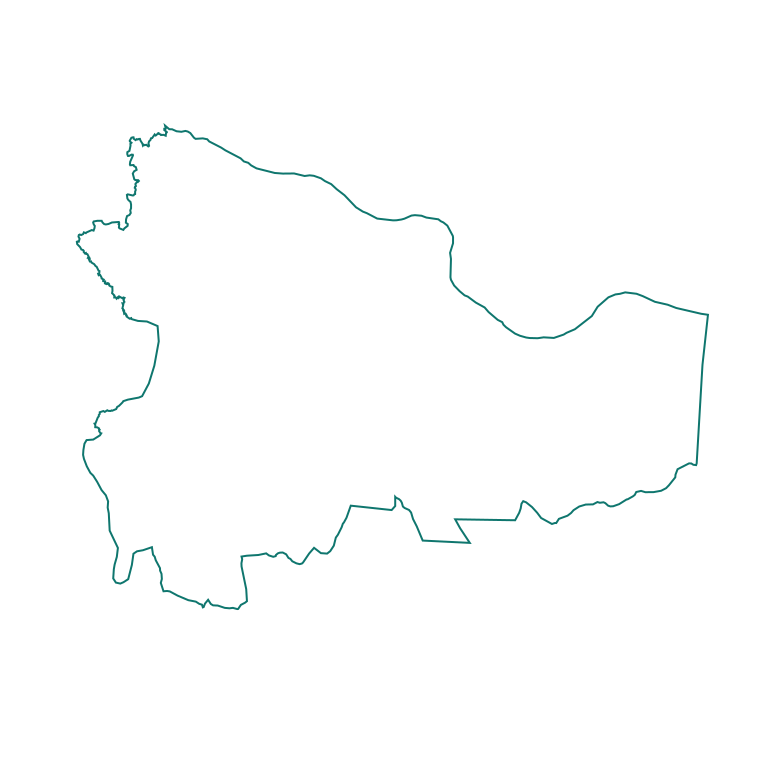 Nandom, Upper West, Ghana (Mercator projection), rotated 95°
{"feature_id": "2480657B7958262081913", "entity_name": "Nandom", "entity_type": "district", "adm_level": 2, "iso_a3": "GHA", "parent_name": "Ghana", "parent_adm1": "Upper West", "projection": "mercator", "projection_center": [-2.792, 10.867], "detail": "fine", "context": "isolated", "style": "outline", "palette": "teal", "viewbox_px": 768, "rotation_deg": 95, "n_neighbors": 0, "source": "geoboundaries", "source_scale": "gbopen_adm2", "svg_char_len": 6149}
<svg xmlns="http://www.w3.org/2000/svg" viewBox="0 0 768 768"><g transform="rotate(95 384 384)"><path d="M435.7,65.6L337.2,68.4L286.8,67.3L286.4,74.2L282.8,99.5L280.3,108.3L278.5,121.3L273.9,133.9L272.1,140.3L271.7,151.7L273.6,156.8L274.6,161.3L278.1,168.0L288.4,177.9L298.2,182.9L312.8,198.6L317.1,206.6L319.1,209.3L323.3,218.8L323.6,229.0L325.0,234.9L325.5,242.9L325.3,246.4L324.1,252.7L322.4,257.8L316.8,267.4L314.5,270.2L312.1,271.6L310.2,276.3L303.2,286.1L299.0,290.4L294.9,299.6L289.6,308.2L288.7,311.4L284.9,316.8L279.8,322.7L274.3,326.4L271.9,327.1L253.6,328.2L247.6,329.6L237.8,327.5L231.8,328.0L230.4,328.4L220.7,334.7L217.9,338.9L216.9,341.6L215.2,344.2L214.5,356.3L213.1,361.3L213.1,367.9L213.8,371.3L217.5,378.0L218.6,380.9L219.8,385.8L220.2,389.2L219.8,405.2L215.3,416.0L214.1,420.1L210.4,427.3L199.4,439.8L194.0,448.2L189.5,454.0L187.0,460.5L184.6,464.7L182.7,472.1L182.6,476.2L183.7,481.2L182.1,491.9L183.2,503.1L183.3,511.2L180.3,529.8L177.8,535.4L175.5,538.5L174.5,543.0L171.7,546.5L165.0,562.5L162.7,566.8L157.6,579.3L155.6,581.4L155.1,585.9L156.2,593.1L155.2,594.8L150.9,598.8L149.6,601.5L149.2,603.9L150.4,607.8L150.3,612.7L148.7,617.3L148.9,620.1L145.7,624.6L148.5,623.7L149.0,623.9L149.0,625.1L150.2,625.0L151.8,622.4L152.3,622.3L152.8,623.0L155.7,623.1L155.0,625.2L155.4,627.9L154.8,628.3L154.6,629.8L153.8,630.2L153.7,630.7L156.1,632.7L156.4,633.3L155.4,634.2L159.2,636.4L159.6,637.6L161.2,637.9L162.8,639.2L164.7,639.6L167.2,638.8L167.7,639.1L167.9,639.5L166.4,641.6L167.0,643.5L166.6,644.1L167.6,644.9L165.6,645.6L162.6,647.9L161.1,648.5L161.2,649.5L161.9,650.7L161.6,651.6L162.7,652.7L161.5,654.7L160.1,655.0L160.1,655.5L160.7,657.1L163.8,658.5L164.5,658.3L165.7,656.6L166.8,657.6L168.7,657.3L173.9,657.9L175.4,659.9L177.3,659.8L179.1,659.0L179.1,658.0L177.5,655.5L177.5,654.2L178.2,654.0L184.7,656.2L187.3,656.3L188.2,655.9L187.7,652.6L188.8,651.9L189.6,650.1L192.2,649.1L193.9,651.5L196.3,652.6L201.8,650.6L202.5,649.5L202.4,646.6L203.1,645.9L204.3,646.9L204.1,647.6L206.5,649.1L208.4,648.4L209.2,649.2L210.3,649.4L210.7,648.8L212.3,648.2L214.0,648.7L216.5,648.5L216.8,649.3L217.9,649.9L218.1,650.7L217.4,655.8L218.0,656.6L221.6,655.8L223.1,654.6L224.7,652.4L227.3,651.6L231.0,651.3L233.1,651.9L235.7,651.2L237.8,652.3L239.1,654.6L242.4,655.3L245.8,655.2L247.0,653.2L248.8,653.2L251.6,656.2L253.2,657.1L252.0,661.0L251.3,661.7L248.1,661.7L247.9,662.3L246.4,661.9L245.7,662.3L246.8,669.1L248.6,672.4L249.3,675.0L249.1,676.7L247.6,678.5L246.0,679.5L246.4,683.8L247.4,687.4L248.5,687.8L250.4,687.0L251.7,685.9L254.0,686.0L256.5,686.7L256.1,688.5L259.0,693.7L259.7,694.2L259.1,696.2L260.9,696.8L262.0,698.7L261.6,700.1L262.2,701.0L263.8,701.2L265.9,699.9L268.9,700.5L268.7,701.9L269.1,702.4L271.4,701.8L274.1,698.7L276.4,697.2L276.8,695.4L277.5,694.7L278.6,694.7L279.4,693.7L280.0,693.5L280.2,693.0L279.5,692.3L280.4,691.7L280.5,690.8L282.7,689.4L284.0,689.9L283.9,688.5L285.0,688.0L285.4,688.9L287.6,687.7L287.4,686.5L288.5,686.0L289.9,683.1L291.7,681.6L292.2,680.5L296.0,678.2L296.3,677.3L298.6,677.3L299.0,678.4L300.2,677.9L300.5,677.7L300.0,677.0L300.1,676.3L302.8,674.5L303.5,674.5L304.4,672.4L305.0,672.8L306.0,672.7L306.1,670.8L308.1,670.8L308.7,669.2L308.4,667.9L307.6,668.2L307.7,667.3L308.5,666.5L309.8,666.3L310.6,664.9L310.9,663.1L314.9,662.6L317.2,662.8L319.1,660.5L319.6,660.6L320.1,659.9L321.3,660.2L321.3,658.5L322.2,657.9L321.6,657.5L321.7,656.6L320.6,656.6L319.9,655.8L320.9,655.3L320.3,654.5L321.4,652.0L320.5,651.2L320.8,650.0L323.0,650.8L324.8,649.8L325.2,650.3L326.6,650.5L326.5,651.5L328.3,650.7L331.5,651.2L332.0,650.5L333.3,650.3L333.1,649.6L334.0,649.1L334.7,649.5L336.8,648.9L336.2,647.8L337.3,646.8L338.0,646.9L338.4,646.2L339.2,646.3L341.1,643.1L340.4,641.6L341.3,641.3L342.6,634.6L342.4,625.6L346.0,614.6L361.2,612.1L385.8,614.4L404.0,618.3L417.2,623.9L418.9,627.1L421.9,637.8L423.8,642.2L425.0,642.8L428.9,646.1L430.1,647.8L432.3,648.6L434.3,652.4L434.1,653.2L434.7,653.9L434.8,656.4L434.3,657.4L436.1,659.7L435.4,661.2L436.9,664.7L438.7,664.6L439.7,665.4L441.1,665.3L442.3,666.2L448.4,668.0L448.7,668.9L450.1,668.0L452.2,667.9L452.2,665.8L453.1,664.0L453.9,664.0L454.3,663.3L455.6,663.8L457.6,662.3L457.8,661.4L459.9,662.5L464.7,668.8L465.8,675.4L469.6,677.2L476.0,677.7L480.8,677.6L484.7,676.4L491.9,672.9L498.1,668.8L500.6,665.7L506.5,661.2L514.3,656.1L519.1,651.4L525.0,648.6L531.2,648.5L536.8,646.9L554.0,644.5L570.5,634.8L579.5,635.1L587.3,636.6L592.0,637.0L601.3,636.8L605.2,633.8L605.8,629.3L604.2,626.3L600.7,621.8L586.2,619.4L574.9,618.8L572.2,615.5L570.6,609.6L566.8,601.0L574.2,599.2L576.0,597.4L579.5,596.0L587.0,591.1L589.4,590.8L592.5,589.1L597.6,588.3L601.6,589.0L609.7,585.6L609.1,582.0L609.3,579.3L612.8,571.2L616.4,560.1L617.2,552.5L619.1,548.9L619.7,546.1L622.3,545.0L621.9,544.2L618.4,543.2L614.3,540.4L618.2,537.4L619.4,535.0L619.2,530.3L620.9,523.1L620.9,518.4L620.2,515.0L621.0,510.5L620.8,509.7L616.5,507.3L614.0,503.4L612.3,501.6L600.3,503.4L578.2,510.0L575.0,510.4L570.9,510.0L568.3,510.9L567.0,505.6L565.3,494.3L563.0,486.6L564.8,483.7L565.8,479.3L564.9,476.9L563.7,476.7L561.9,474.9L561.1,473.1L560.7,470.2L562.2,466.6L565.6,464.0L566.4,462.0L568.6,459.9L570.3,455.6L570.8,452.3L570.0,450.1L568.9,449.1L559.4,443.8L553.3,439.4L558.0,432.1L557.9,425.9L555.2,423.0L549.4,419.9L541.2,418.6L538.2,416.8L530.4,413.7L526.7,412.8L525.5,411.9L520.5,409.7L508.1,406.5L508.9,365.4L504.6,362.2L495.4,363.0L496.2,362.1L497.4,359.0L498.8,357.2L500.7,355.9L504.4,354.5L505.7,352.7L507.3,348.1L509.7,345.8L516.0,343.3L522.9,339.0L536.6,331.8L534.8,284.7L521.2,295.5L512.6,301.3L508.3,241.5L500.5,238.1L496.1,237.0L491.3,236.6L488.6,235.1L489.5,232.1L493.7,225.8L498.9,220.2L503.8,215.8L508.8,204.5L507.6,201.7L507.5,200.3L503.1,198.0L499.2,189.7L496.2,186.4L493.2,184.2L489.0,178.8L486.5,172.5L485.7,165.3L483.0,161.1L483.5,158.6L482.7,155.0L483.4,153.1L485.7,150.1L486.2,147.8L485.8,145.0L483.2,139.3L477.9,132.3L477.6,131.2L474.2,126.2L472.6,124.5L469.6,123.3L468.1,118.6L469.0,114.2L468.2,106.0L466.2,98.6L463.2,93.9L460.0,91.3L451.6,85.7L448.9,85.7L443.3,84.1L436.5,73.2L436.4,70.9L437.5,68.8L437.6,66.0L435.7,65.6Z" fill="none" stroke="#0f766e" stroke-width="2"/></g></svg>